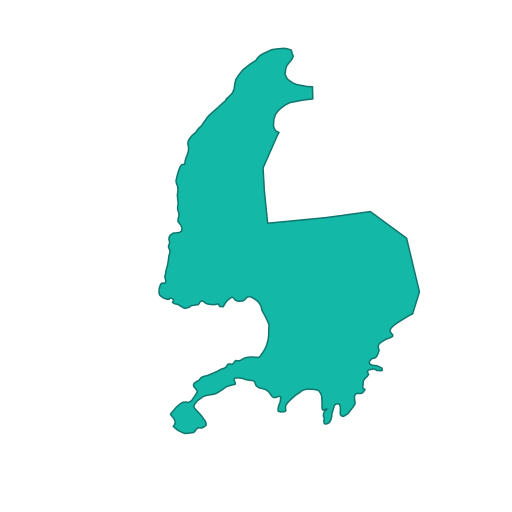 Tapion, Castries, Saint Lucia (Robinson projection), rotated 246°
{"feature_id": "8701671B53172954238098", "entity_name": "Tapion", "entity_type": "district", "adm_level": 2, "iso_a3": "LCA", "parent_name": "Saint Lucia", "parent_adm1": "Castries", "projection": "robinson", "projection_center": [-61.005, 14.014], "detail": "fine", "context": "isolated", "style": "filled", "palette": "teal", "viewbox_px": 512, "rotation_deg": 246, "n_neighbors": 0, "source": "geoboundaries", "source_scale": "gbopen_adm2", "svg_char_len": 6112}
<svg xmlns="http://www.w3.org/2000/svg" viewBox="0 0 512 512"><g transform="rotate(246 256 256)"><path d="M387.6,376.4L389.0,373.9L389.6,372.3L390.1,371.5L392.7,367.8L395.8,363.3L399.1,360.0L404.2,357.0L405.6,356.6L410.2,356.4L411.4,357.3L415.1,359.4L417.1,361.3L418.6,363.8L420.9,368.6L423.1,371.1L424.8,371.5L426.1,371.3L428.2,371.8L429.7,372.0L430.7,371.0L433.0,368.3L434.5,365.7L436.4,360.2L438.1,354.5L438.0,346.3L437.8,343.0L437.5,341.2L436.5,338.3L435.0,336.0L434.7,335.2L433.8,329.2L433.2,326.6L432.3,323.4L431.6,320.3L430.3,317.6L428.3,313.7L426.5,311.0L425.7,309.6L423.2,307.6L421.3,306.3L417.4,303.9L414.9,301.1L413.8,299.5L413.3,297.8L412.5,295.8L411.4,292.4L410.4,291.8L409.6,289.0L407.1,281.6L404.4,272.8L403.5,270.3L403.1,269.3L402.6,268.1L401.1,265.8L399.1,262.2L397.1,259.1L396.6,257.7L396.3,256.5L395.4,254.4L393.4,251.2L392.3,247.1L391.4,245.4L390.7,243.8L388.8,241.0L386.3,239.4L383.2,238.7L380.1,237.4L377.2,235.1L374.2,232.0L371.9,230.1L369.7,228.8L368.9,227.5L369.3,226.9L369.5,225.7L369.3,224.6L368.1,222.6L365.6,220.2L363.5,218.3L361.0,216.3L357.1,213.4L354.3,212.8L351.2,212.7L348.4,211.7L346.4,210.6L343.6,208.9L339.3,207.4L336.4,206.6L331.8,203.9L329.2,203.1L326.8,203.1L324.0,201.9L321.4,199.8L319.3,198.8L318.4,198.9L314.5,199.9L311.6,199.7L309.1,198.3L308.6,195.4L309.2,194.0L309.7,192.0L310.6,189.8L310.0,186.3L308.7,184.4L306.6,183.2L303.6,182.7L301.5,181.0L300.8,180.1L298.9,179.5L297.5,179.8L296.8,179.6L294.6,179.0L291.3,176.3L287.4,174.0L285.2,172.5L282.7,170.7L279.4,167.9L278.2,167.2L275.4,165.3L274.1,164.2L270.3,163.6L268.5,162.4L268.4,160.8L268.8,160.3L269.5,159.4L269.1,157.6L267.9,156.3L265.6,154.3L263.7,153.3L261.8,152.5L260.4,152.1L258.9,152.3L257.0,153.3L256.2,153.8L254.3,155.3L253.1,156.7L251.9,158.5L251.9,159.3L252.6,160.1L251.9,161.4L250.0,163.0L248.8,162.4L247.7,160.9L246.6,161.4L245.3,162.5L243.7,164.7L241.5,166.3L238.3,168.5L236.9,170.1L236.4,173.8L237.0,176.9L236.4,178.6L235.1,183.4L235.5,184.4L236.2,185.3L237.0,186.7L237.1,187.9L236.3,189.2L235.6,189.6L233.8,190.5L232.6,191.5L231.5,192.7L229.7,195.7L228.4,198.3L227.7,201.7L227.0,202.4L225.6,202.1L224.5,202.5L223.7,204.2L223.0,205.3L225.4,208.8L226.4,210.4L227.0,212.0L228.1,215.7L228.1,217.3L227.0,218.4L224.4,219.0L222.9,220.1L221.6,221.9L220.8,224.2L220.4,225.2L220.5,227.5L221.3,229.5L222.0,231.7L221.7,233.4L219.3,235.8L217.0,237.4L213.7,239.2L210.6,239.9L208.4,240.1L207.5,240.1L205.6,239.7L204.0,239.3L197.1,239.9L194.0,240.0L190.1,240.0L187.7,239.8L182.4,237.2L178.9,235.5L176.2,234.0L174.8,233.2L172.4,231.2L169.7,228.9L168.9,228.1L168.1,227.1L166.8,225.4L165.6,223.8L163.5,220.1L162.4,218.7L162.6,216.6L163.4,214.9L165.5,211.0L166.1,209.5L167.0,206.6L167.4,203.6L167.3,202.0L167.0,200.0L167.2,197.6L168.8,194.9L168.2,193.5L167.2,191.8L166.7,190.5L168.6,186.9L167.8,184.9L166.9,183.9L166.4,181.5L166.8,177.8L166.4,173.7L166.5,165.2L166.6,162.8L167.2,159.5L167.4,158.3L167.0,155.7L165.6,153.4L165.5,150.1L164.6,147.3L163.5,146.3L161.6,146.2L159.0,147.0L156.8,147.4L155.6,146.9L153.9,144.6L152.5,142.4L150.1,138.4L149.7,135.7L149.7,134.8L151.0,132.7L151.9,130.4L152.1,129.2L151.7,126.3L151.0,124.1L150.5,122.3L149.5,120.0L147.6,116.2L146.8,114.3L145.8,113.4L143.8,114.1L141.5,114.7L139.3,114.9L136.9,114.6L134.9,112.8L134.0,111.2L132.5,111.7L128.4,113.8L125.3,116.4L122.8,118.8L121.6,122.2L120.7,125.4L120.2,126.8L120.5,128.5L122.1,131.2L122.5,133.2L121.5,135.6L120.9,136.3L121.0,138.6L121.2,140.1L121.6,141.4L122.8,142.2L124.4,142.5L126.1,142.4L127.1,142.3L128.7,141.8L130.3,141.6L133.6,140.8L135.5,140.1L138.6,139.1L140.2,138.5L141.8,138.1L143.3,137.9L144.7,138.7L145.2,139.3L145.8,140.1L147.6,143.7L148.9,149.8L149.0,151.4L148.9,152.8L148.8,153.8L148.0,157.2L147.1,160.4L146.6,163.3L146.8,166.0L147.0,167.2L147.9,172.5L148.6,175.4L148.5,177.3L148.2,179.7L147.9,182.0L147.5,183.3L147.3,184.7L147.8,185.2L149.5,185.5L150.7,185.4L151.5,185.5L152.2,186.0L153.0,187.4L152.3,189.1L151.5,190.9L150.2,193.0L149.0,194.7L147.3,196.3L144.8,200.0L143.3,202.6L142.5,203.2L141.8,203.4L140.5,203.5L137.7,203.3L135.5,204.3L133.9,205.7L132.8,207.3L131.4,208.9L130.5,210.1L128.0,211.7L126.9,212.2L126.1,212.5L123.6,213.1L121.8,213.3L119.6,214.5L118.8,216.0L118.6,217.7L118.7,218.9L118.4,220.2L116.9,221.4L115.5,220.3L112.6,218.6L110.6,216.4L108.6,214.7L106.6,213.6L105.1,213.2L103.7,214.8L102.7,217.2L102.1,219.2L102.7,220.4L104.1,220.8L105.5,221.3L106.4,221.8L107.5,222.4L109.3,225.7L109.9,227.0L110.2,227.9L111.6,231.9L112.5,234.9L112.8,236.3L113.2,238.1L113.2,238.9L113.8,241.6L114.4,243.9L114.0,246.7L113.6,248.5L111.5,252.9L109.9,255.7L108.3,257.9L106.9,258.7L104.4,259.1L101.6,259.1L94.0,256.2L90.6,254.6L88.5,254.2L87.8,254.8L88.0,256.8L87.1,258.5L86.2,255.5L85.0,254.1L83.4,252.9L82.0,252.4L80.5,252.4L79.4,252.0L77.8,250.9L76.0,250.3L74.7,250.5L73.9,252.1L73.9,254.6L74.5,256.0L76.3,258.1L78.4,259.8L81.0,261.2L87.1,266.4L88.2,268.1L87.9,270.5L86.5,271.9L83.9,271.7L80.7,270.3L79.1,269.4L78.1,269.0L76.6,268.5L74.6,269.5L73.9,270.7L74.1,272.9L74.5,275.7L75.4,277.5L77.2,280.7L78.0,282.3L78.6,283.3L79.8,285.2L80.5,286.2L81.8,286.9L86.0,288.1L86.8,288.5L88.0,289.1L88.5,289.6L89.1,290.6L89.5,291.6L89.1,293.2L88.5,294.0L87.7,296.2L87.7,297.8L89.4,301.1L90.4,301.0L90.9,300.1L92.0,299.9L93.2,300.5L98.1,303.2L99.6,305.3L99.9,306.2L100.9,308.9L102.0,310.7L102.8,310.6L105.1,310.8L106.1,312.1L106.0,312.8L105.0,317.8L103.1,319.3L102.4,319.8L100.7,322.7L100.1,324.7L102.2,325.5L103.8,324.3L106.7,321.7L108.7,318.0L111.4,315.8L113.6,316.8L115.1,319.6L114.5,323.0L114.7,324.4L116.1,326.6L118.0,328.6L119.9,330.2L121.6,330.3L124.1,331.0L125.3,332.3L126.2,334.5L126.6,336.8L127.0,340.3L127.0,342.9L126.7,346.2L127.1,348.2L128.4,348.9L130.2,348.2L132.5,347.8L133.9,348.5L135.2,350.1L136.4,353.1L137.1,356.2L137.6,359.0L138.7,366.7L139.2,370.9L139.5,374.5L139.3,375.4L156.7,390.7L211.0,400.8L250.1,378.5L262.5,335.9L281.2,280.0L312.3,290.2L333.6,298.3L357.4,324.5L359.5,327.2L361.7,325.4L362.9,324.7L367.4,324.7L370.7,326.4L373.6,328.0L376.8,330.8L377.9,332.2L379.8,335.6L381.1,339.8L382.1,344.3L382.3,349.4L379.4,362.0L376.4,371.8L387.6,376.4Z" fill="#14b8a6" stroke="#0f766e" stroke-width="1.5"/></g></svg>